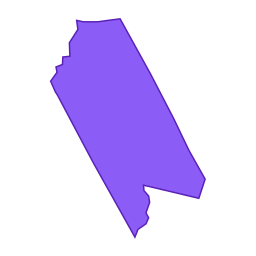 Sussex, Virginia, United States of America (Robinson projection), rotated 273°
{"feature_id": "52423323B89095979768241", "entity_name": "Sussex", "entity_type": "district", "adm_level": 2, "iso_a3": "USA", "parent_name": "United States of America", "parent_adm1": "Virginia", "projection": "robinson", "projection_center": [-77.249, 36.91], "detail": "fine", "context": "isolated", "style": "filled", "palette": "violet", "viewbox_px": 256, "rotation_deg": 273, "n_neighbors": 0, "source": "geoboundaries", "source_scale": "gbopen_adm2", "svg_char_len": 528}
<svg xmlns="http://www.w3.org/2000/svg" viewBox="0 0 256 256"><g transform="rotate(273 128 128)"><path d="M170.7,48.3L160.4,53.5L157.2,55.8L91.4,95.2L19.4,140.6L27.3,143.3L33.3,151.0L39.4,153.3L44.2,150.4L54.8,153.5L61.1,152.2L66.3,147.2L71.7,146.5L61.5,202.4L81.0,207.7L108.9,190.0L140.0,173.0L182.4,148.1L198.7,138.0L236.6,114.4L234.3,101.8L232.5,92.4L231.7,77.8L232.8,71.1L223.8,72.8L210.1,65.0L196.6,66.2L195.5,59.2L188.0,59.2L185.2,52.9L179.9,54.2L170.7,48.3Z" fill="#8b5cf6" stroke="#5b21b6" stroke-width="1.5"/></g></svg>